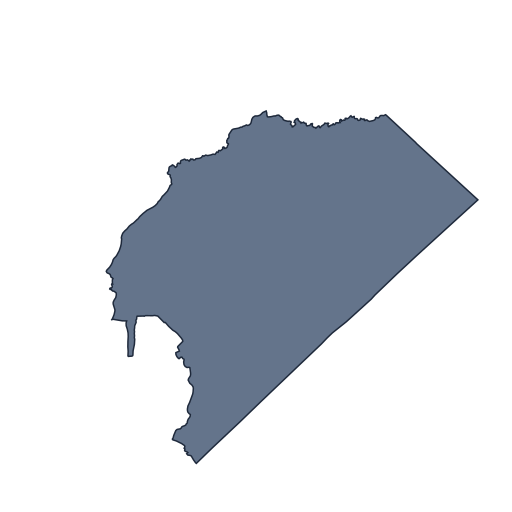 Phalombe, Phalombe, Malawi, rotated 43°
{"feature_id": "42251766B10434937590290", "entity_name": "Phalombe", "entity_type": "district", "adm_level": 2, "iso_a3": "MWI", "parent_name": "Malawi", "parent_adm1": "Phalombe", "projection": "robinson", "projection_center": [35.613, -15.69], "detail": "fine", "context": "isolated", "style": "filled", "palette": "slate", "viewbox_px": 512, "rotation_deg": 43, "n_neighbors": 0, "source": "geoboundaries", "source_scale": "gbopen_adm2", "svg_char_len": 6108}
<svg xmlns="http://www.w3.org/2000/svg" viewBox="0 0 512 512"><g transform="rotate(43 256 256)"><path d="M353.8,448.4L354.9,426.2L357.4,387.8L358.9,358.8L363.8,275.7L363.9,267.3L364.3,260.1L366.9,242.5L369.7,209.0L369.6,203.7L371.3,172.9L373.2,146.6L380.0,63.6L296.6,64.3L295.3,64.1L255.0,64.2L254.4,64.3L253.6,66.3L252.5,67.1L251.5,68.1L251.2,68.8L251.5,71.0L251.2,71.6L250.7,72.1L249.4,72.6L249.1,73.3L249.8,74.3L250.0,75.1L249.9,75.8L249.3,77.1L247.2,80.2L245.2,80.9L244.6,80.7L244.0,81.1L243.5,82.4L243.0,82.9L242.4,82.7L242.1,82.0L241.4,82.2L241.1,82.8L240.6,83.3L238.7,83.9L238.8,84.6L239.3,85.0L239.3,85.7L238.6,86.9L237.9,87.2L236.7,86.6L236.0,86.8L235.0,87.8L234.4,88.1L233.7,87.9L232.7,87.0L232.2,87.5L231.8,88.9L231.1,89.0L229.8,88.7L229.6,89.5L229.7,91.6L229.3,93.0L228.9,93.7L228.3,93.6L227.7,94.0L227.4,94.6L228.0,95.0L228.3,96.2L227.2,97.0L227.1,97.7L226.7,98.2L226.5,98.9L225.4,98.2L224.7,98.5L224.6,99.2L224.9,99.9L225.3,100.4L226.6,101.0L225.7,102.0L225.4,102.7L224.8,102.9L224.4,103.5L223.8,103.8L223.6,104.5L224.0,105.9L223.7,106.6L223.1,106.8L222.5,106.6L222.2,107.3L222.5,107.9L221.6,109.1L221.7,109.8L221.2,110.3L221.0,111.0L221.2,111.7L220.8,112.0L220.2,111.8L219.0,111.0L218.7,109.5L218.1,109.6L216.9,111.3L216.2,111.5L215.7,111.9L216.0,113.4L215.3,116.2L215.4,118.4L214.8,118.6L213.6,117.9L213.0,118.2L212.8,118.9L212.6,121.7L211.3,121.7L210.9,122.3L210.3,122.6L209.7,122.5L208.4,122.6L208.0,121.9L207.4,121.7L207.3,120.9L206.7,120.8L206.0,122.1L206.2,123.5L206.0,124.2L205.1,125.2L204.8,125.9L204.2,126.2L203.0,125.7L202.6,125.1L202.0,124.9L200.9,125.8L199.6,125.6L199.5,126.3L198.5,127.3L198.3,128.0L197.7,127.5L197.2,127.9L196.5,127.8L195.2,128.0L194.7,127.7L194.0,127.9L193.7,127.3L193.1,127.0L192.5,127.2L191.9,128.5L191.9,130.7L192.2,131.3L192.9,131.5L192.8,132.2L194.2,132.0L195.2,132.8L194.9,136.4L194.4,136.9L193.3,136.1L191.9,136.2L191.3,136.1L190.4,134.1L189.8,133.8L188.1,134.8L187.8,135.5L187.2,135.9L186.6,136.1L186.1,136.6L185.5,136.7L184.9,137.2L183.0,137.7L181.2,136.9L179.9,137.3L179.4,137.0L178.0,137.4L176.6,137.4L175.4,138.7L174.5,140.7L173.9,141.0L173.5,141.5L172.3,143.4L170.5,145.6L169.4,146.4L167.6,145.3L166.1,143.9L164.5,143.0L163.1,146.4L163.0,149.5L162.6,150.9L161.4,152.8L160.3,153.7L159.7,154.5L159.2,156.7L159.7,158.8L161.5,161.9L161.8,163.4L161.6,164.9L160.9,166.2L159.6,166.7L158.9,168.7L158.1,169.9L157.8,171.4L156.8,172.4L156.4,173.7L155.6,175.0L153.1,178.3L152.7,179.0L152.4,180.3L153.3,185.4L153.7,186.2L154.3,186.5L155.4,188.0L155.6,188.7L155.2,189.3L155.8,190.6L155.8,191.3L157.3,192.9L157.9,193.1L159.2,192.7L159.6,193.2L159.9,194.6L160.6,195.9L160.7,196.6L160.6,197.3L160.1,197.8L160.0,198.6L159.3,198.8L158.8,198.3L158.1,198.2L157.6,198.8L157.7,199.5L158.7,200.6L158.1,203.4L156.9,204.0L156.9,204.7L157.6,206.0L156.4,206.7L156.8,209.6L155.1,210.8L154.1,212.8L152.2,215.5L150.4,216.5L149.8,218.6L149.1,218.7L148.6,219.1L148.9,221.2L148.0,223.2L145.7,225.8L145.8,227.2L145.0,228.3L144.3,228.4L143.7,228.2L142.8,229.2L142.2,229.4L142.5,230.1L142.1,231.0L142.5,231.5L142.4,232.2L142.1,232.1L140.2,232.5L139.4,233.7L138.1,233.7L137.5,234.1L137.3,234.8L136.3,236.7L136.1,237.4L136.2,238.1L136.5,238.7L137.5,239.7L137.3,240.4L136.0,240.9L135.6,241.5L135.8,242.2L135.8,242.9L136.8,243.9L136.9,245.2L136.7,246.1L136.1,246.2L135.5,245.9L132.9,246.2L132.6,246.8L132.9,247.4L132.5,247.9L132.0,249.5L132.0,250.2L132.3,250.9L134.3,253.5L134.5,255.6L135.1,256.0L135.8,256.1L137.6,255.3L138.3,255.5L139.1,256.6L140.4,256.9L142.1,257.9L143.9,260.0L145.1,260.6L145.5,261.3L145.1,262.7L145.2,263.4L145.8,264.7L147.0,268.9L147.0,274.1L146.8,276.3L147.6,279.9L147.6,282.1L147.4,282.8L148.0,284.9L147.9,287.9L147.3,290.7L145.1,296.9L144.4,302.0L144.1,306.5L144.4,309.4L144.2,310.1L143.9,315.5L143.3,317.6L142.9,320.6L143.2,324.2L142.9,327.1L143.0,330.2L144.1,332.9L145.2,334.7L146.0,335.0L149.2,339.1L150.6,341.5L152.4,345.5L153.7,350.5L153.9,352.0L153.8,354.3L154.0,355.8L154.2,356.5L154.9,357.7L155.7,359.7L156.1,361.1L156.6,364.0L156.5,367.7L156.9,369.3L158.2,369.8L158.8,369.8L160.7,369.1L162.0,369.0L164.4,370.3L165.0,370.3L165.6,370.0L166.8,370.0L167.2,371.4L169.6,373.9L170.2,374.2L169.6,374.6L169.8,375.3L171.6,376.2L172.0,376.7L172.1,377.5L171.9,378.2L171.4,378.6L171.2,379.3L171.5,379.9L172.2,379.9L173.2,379.1L173.7,379.4L175.0,379.4L176.2,378.6L178.1,378.4L178.7,378.3L179.8,379.1L180.7,380.2L181.8,382.1L182.3,384.9L183.0,387.0L183.4,387.6L184.4,388.6L189.3,391.4L190.3,392.4L192.1,395.5L193.2,398.2L193.9,400.3L193.9,401.6L194.2,400.3L194.7,399.7L202.3,394.7L205.7,391.7L206.7,393.6L208.7,395.6L211.8,397.3L214.9,399.5L217.5,402.1L220.5,405.7L224.2,409.8L227.5,412.9L230.5,416.4L231.1,416.5L233.5,413.9L233.8,413.2L233.6,412.5L230.8,409.2L227.3,403.5L224.0,399.5L222.8,398.8L221.5,397.1L219.9,395.7L218.6,394.0L217.5,393.2L216.3,391.4L214.9,389.8L213.6,386.3L212.0,384.9L211.7,383.5L210.4,381.9L210.1,381.1L214.7,376.6L215.3,376.3L215.9,374.9L221.0,370.3L222.4,368.6L225.1,366.9L234.3,367.3L234.7,366.6L235.4,366.5L240.2,367.0L245.8,367.0L248.6,366.4L251.4,366.3L256.9,366.9L259.6,367.5L260.7,368.4L260.5,375.5L260.9,376.2L263.6,377.1L264.8,377.8L263.3,381.3L264.3,382.4L265.6,383.1L267.1,383.6L269.2,383.8L269.8,383.5L270.1,381.2L270.5,380.8L271.0,380.5L272.3,381.0L273.6,380.6L274.2,380.9L275.3,382.8L277.0,384.2L277.6,384.6L279.6,385.1L281.6,384.6L283.0,383.0L283.8,382.8L288.1,386.3L289.1,387.4L289.8,388.6L290.3,391.6L291.0,393.0L294.3,394.2L297.2,394.1L299.2,394.6L300.4,395.5L302.6,398.2L303.8,400.0L307.3,408.3L308.5,412.1L310.2,414.7L311.3,415.8L312.5,416.6L314.6,416.9L316.1,416.7L317.1,418.0L317.5,419.3L317.7,421.6L318.6,423.8L319.1,424.2L319.7,425.5L319.5,426.3L319.9,427.6L319.4,429.0L318.4,430.9L318.3,431.6L318.6,433.1L318.5,434.0L316.8,436.3L316.5,436.9L316.4,438.4L318.2,443.3L319.6,445.9L319.6,446.7L320.1,447.2L320.7,447.1L323.9,445.6L329.5,443.9L333.0,443.4L333.7,443.7L334.1,444.2L334.4,444.9L334.5,445.6L335.7,445.6L336.3,446.8L336.9,447.1L337.6,447.0L339.1,446.3L340.2,446.2L340.1,447.9L341.9,448.1L343.8,446.8L345.0,446.4L349.3,447.7L352.7,448.4L353.8,448.4Z" fill="#64748b" stroke="#1e293b" stroke-width="1.5"/></g></svg>